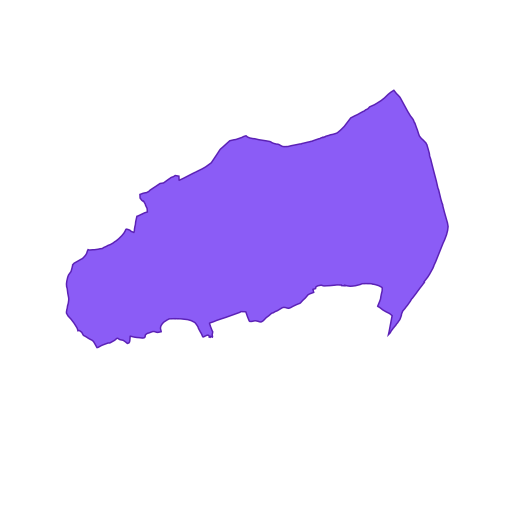 Bang Khen, Bangkok Metropolis, Thailand, rotated 161°
{"feature_id": "78962969B44452950449651", "entity_name": "Bang Khen", "entity_type": "district", "adm_level": 2, "iso_a3": "THA", "parent_name": "Thailand", "parent_adm1": "Bangkok Metropolis", "projection": "mercator", "projection_center": [100.635, 13.871], "detail": "fine", "context": "isolated", "style": "filled", "palette": "violet", "viewbox_px": 512, "rotation_deg": 161, "n_neighbors": 0, "source": "geoboundaries", "source_scale": "gbopen_adm2", "svg_char_len": 6081}
<svg xmlns="http://www.w3.org/2000/svg" viewBox="0 0 512 512"><g transform="rotate(161 256 256)"><path d="M448.7,243.3L447.6,243.2L446.8,242.4L446.1,241.3L445.6,240.5L445.1,237.5L444.8,236.9L444.0,236.1L442.6,234.5L441.4,232.9L439.9,231.2L438.6,229.9L437.8,228.7L437.4,227.7L436.9,225.2L436.2,221.2L435.4,221.0L434.5,221.1L431.2,221.7L429.2,221.8L424.2,221.9L422.6,221.4L422.2,221.4L417.2,222.3L415.8,222.8L414.9,223.3L414.1,223.4L413.4,223.1L412.3,221.6L412.0,221.3L409.0,219.5L407.5,217.5L406.1,215.2L404.5,215.2L403.5,216.0L402.9,217.0L401.2,220.9L401.0,221.1L400.4,220.8L397.4,218.9L395.1,217.7L393.2,216.9L390.1,215.4L389.3,215.2L388.3,215.1L387.7,215.3L387.3,215.6L386.8,216.4L386.3,217.4L384.6,218.1L383.7,218.2L382.0,218.1L379.6,218.2L378.3,218.2L377.0,217.8L376.2,217.3L374.9,216.3L374.0,215.8L373.0,215.6L370.3,215.3L370.2,215.7L370.0,218.3L369.5,219.6L369.0,220.4L368.3,221.2L366.6,222.5L364.9,223.4L363.7,223.8L362.7,224.0L361.2,224.4L358.8,224.8L358.4,224.8L353.9,223.4L352.7,223.0L352.7,222.9L352.4,222.9L350.4,222.1L349.5,221.8L347.6,221.1L341.3,218.1L338.3,216.0L335.9,213.5L335.2,212.5L334.3,209.5L333.9,207.7L334.0,207.0L333.9,205.8L333.3,202.2L332.9,200.2L332.7,197.5L332.5,196.8L332.4,196.7L332.1,196.6L328.9,197.0L328.1,197.0L327.4,196.9L326.8,196.5L326.4,195.9L326.3,195.4L326.7,194.7L325.8,194.0L325.6,194.1L325.3,194.7L325.0,194.8L323.7,193.5L323.4,193.8L323.2,195.0L323.0,196.0L322.0,197.6L321.6,198.5L321.8,199.7L322.0,204.3L321.9,205.2L322.0,206.8L321.8,207.6L321.3,207.7L317.5,207.7L314.3,207.9L310.1,207.9L304.5,207.8L289.5,208.0L289.2,208.1L288.5,208.4L284.3,206.8L283.8,206.4L283.8,204.9L283.8,201.5L283.6,197.5L283.5,196.7L283.2,196.2L282.5,195.9L281.3,195.5L278.6,195.2L277.5,194.9L275.0,193.4L274.4,192.8L272.8,192.0L271.6,192.1L270.1,192.5L266.4,194.4L263.5,195.3L260.1,196.7L259.3,196.8L258.1,196.7L256.1,197.2L253.7,197.3L248.2,198.5L247.4,198.5L246.4,198.4L244.6,197.5L243.6,196.7L242.1,195.9L240.2,195.9L237.4,196.4L233.9,196.8L232.6,196.9L229.8,197.0L229.2,197.2L226.3,198.8L223.1,200.2L219.4,202.4L217.8,202.7L213.3,202.8L213.0,205.9L212.5,205.9L210.3,205.8L209.7,206.9L209.3,207.3L209.0,207.4L207.9,207.6L207.2,207.7L203.8,207.2L202.1,205.9L201.2,205.5L195.3,203.8L190.7,202.7L188.8,202.3L184.8,200.8L184.8,200.2L181.7,198.9L181.6,199.4L179.1,197.9L176.7,196.7L174.4,196.1L171.5,195.5L166.6,195.1L164.8,195.3L161.3,194.2L156.8,192.6L155.3,191.9L155.2,191.6L153.6,190.8L152.2,189.9L150.4,188.6L149.3,187.7L147.3,185.5L147.1,185.0L147.1,184.5L147.4,183.7L148.1,181.9L149.8,179.3L151.3,176.7L152.2,174.9L153.7,173.0L157.3,168.9L157.2,168.6L155.9,167.2L153.7,163.8L151.3,161.0L148.8,158.5L148.3,157.9L146.7,155.3L154.8,141.1L156.4,138.5L154.1,139.7L152.5,141.2L150.6,142.4L149.8,143.1L149.2,143.3L148.1,144.1L146.7,144.8L145.2,146.0L143.6,146.9L142.7,147.7L141.3,148.6L140.2,149.6L137.9,152.5L137.6,153.2L137.0,154.1L135.7,155.6L134.9,156.4L132.4,157.8L130.1,159.4L129.5,159.7L127.9,160.8L124.7,163.1L122.9,164.7L122.0,165.1L116.4,168.8L115.2,169.7L111.4,172.3L107.7,174.7L106.5,175.6L106.3,175.6L105.3,176.4L105.5,176.8L105.4,177.0L100.7,180.0L97.9,182.2L93.7,186.0L92.9,186.7L91.1,188.7L90.9,189.1L88.0,192.1L74.9,207.3L72.4,209.9L69.0,214.0L66.5,217.8L64.8,221.3L64.2,224.9L63.6,236.1L63.1,242.3L62.8,243.8L62.9,245.7L62.7,249.8L61.8,259.0L61.9,260.9L61.1,268.2L60.3,279.0L59.5,288.5L59.3,290.5L59.3,294.2L59.0,295.1L58.7,296.8L58.4,301.4L58.2,305.8L58.4,306.2L58.5,307.5L60.3,311.4L61.4,313.3L61.9,314.7L62.4,316.1L62.5,318.2L62.4,322.5L62.5,326.1L62.5,330.1L62.8,330.4L62.9,333.4L63.3,335.1L64.4,338.2L65.5,343.3L68.0,358.2L68.3,359.5L69.3,361.8L70.3,363.8L71.7,367.8L75.1,367.0L77.1,366.3L78.4,365.8L83.1,363.6L87.5,362.1L94.6,360.5L100.0,360.0L101.8,359.0L102.5,358.7L104.7,358.5L106.6,357.8L107.7,357.8L114.6,356.6L116.8,356.4L121.5,355.7L129.0,350.7L130.3,349.8L135.3,347.4L139.0,346.0L139.9,345.9L141.4,345.9L143.6,346.0L146.5,346.4L147.5,346.3L149.2,346.4L151.1,346.5L151.4,346.4L151.7,346.2L151.9,346.2L152.7,346.4L153.1,346.1L153.3,346.0L153.6,346.1L153.9,346.5L154.0,346.6L154.5,346.3L155.2,346.5L156.2,346.5L157.2,346.2L158.5,346.4L163.4,346.4L164.7,346.4L165.7,346.2L166.4,346.5L167.8,346.5L170.1,346.8L174.5,347.2L176.0,347.4L176.7,347.2L177.8,347.6L183.1,348.3L186.6,348.8L190.1,349.1L193.7,350.2L194.8,350.7L195.7,351.3L198.0,353.9L198.5,354.3L199.1,354.7L200.2,355.1L202.7,356.8L204.2,358.1L204.7,358.9L205.7,359.8L209.3,361.8L215.4,365.0L218.4,366.9L219.4,367.5L220.5,367.9L223.4,369.6L224.9,370.9L225.5,371.6L226.3,372.9L228.4,373.0L229.7,372.9L230.4,372.7L235.3,372.7L237.0,372.7L239.3,373.1L243.3,373.5L252.2,369.7L254.7,368.7L255.8,368.0L260.0,364.7L267.8,358.8L268.5,358.5L270.8,357.8L274.8,356.6L278.5,355.9L289.0,354.6L299.3,353.1L303.9,352.6L304.0,352.7L304.0,352.8L302.9,356.6L306.2,358.4L308.1,357.9L310.4,357.9L311.4,357.7L312.4,357.3L313.4,357.1L319.6,355.2L321.0,355.4L323.1,355.8L333.4,353.1L334.6,352.8L336.7,351.8L337.8,351.8L338.8,351.5L339.9,351.8L342.5,352.1L344.2,352.0L345.7,352.0L346.7,348.6L346.6,347.8L346.1,346.9L346.0,346.1L345.0,344.6L344.6,344.7L344.4,344.4L344.2,343.0L343.8,341.3L343.9,339.8L343.5,336.7L343.5,336.3L344.4,333.0L347.2,333.1L354.4,332.3L355.7,332.3L358.7,327.4L359.8,325.0L361.0,323.1L362.2,320.9L362.7,319.6L363.5,318.4L363.9,318.1L366.0,319.9L366.9,321.5L367.7,322.2L368.9,323.1L369.8,323.6L370.1,323.6L370.8,323.1L371.6,322.2L373.5,320.6L376.2,318.9L380.4,316.9L383.4,315.8L384.8,315.5L386.9,314.8L390.1,314.2L392.4,314.2L394.6,313.8L397.2,313.6L399.0,313.1L400.9,313.6L403.1,313.8L406.6,314.5L408.1,315.0L410.6,315.6L411.8,316.0L412.7,316.7L413.8,315.6L415.2,313.7L415.7,313.2L417.1,312.1L420.0,310.5L421.4,310.0L423.0,309.8L424.4,309.5L430.3,308.4L432.3,307.3L432.4,306.9L433.9,304.5L435.9,301.6L439.4,299.1L440.9,297.3L443.2,293.6L444.3,291.3L445.0,288.8L445.1,286.7L446.1,282.0L446.3,280.5L446.8,277.2L447.4,275.4L448.9,272.4L450.5,270.1L451.6,267.9L452.2,267.1L452.8,266.0L453.4,264.9L453.7,264.0L453.8,263.6L453.2,260.4L451.5,256.6L450.0,252.1L449.6,250.5L448.7,246.6L448.6,245.7L448.6,244.4L448.7,243.3Z" fill="#8b5cf6" stroke="#5b21b6" stroke-width="1.5"/></g></svg>